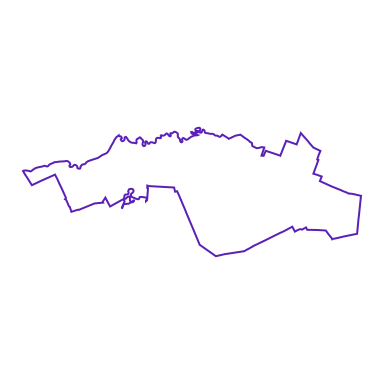 the district of Ghilad, Timis, Romania
{"feature_id": "2599482B20646127738139", "entity_name": "Ghilad", "entity_type": "district", "adm_level": 2, "iso_a3": "ROU", "parent_name": "Romania", "parent_adm1": "Timis", "projection": "mercator", "projection_center": [21.055, 45.454], "detail": "fine", "context": "isolated", "style": "outline", "palette": "violet", "viewbox_px": 384, "rotation_deg": 0, "n_neighbors": 0, "source": "geoboundaries", "source_scale": "gbopen_adm2", "svg_char_len": 5935}
<svg xmlns="http://www.w3.org/2000/svg" viewBox="0 0 384 384"><path d="M357.1,233.8L358.5,218.9L359.0,214.8L361.0,195.8L352.5,193.9L350.7,193.7L349.5,193.5L349.1,193.7L348.7,193.6L347.1,192.7L343.4,191.3L340.3,189.9L331.1,186.2L319.9,181.1L321.7,176.5L316.7,174.7L313.4,173.7L316.4,165.5L318.4,160.0L317.2,159.5L318.7,155.0L320.4,150.9L314.5,148.1L314.2,147.9L313.4,147.6L309.7,143.4L307.6,140.7L302.8,135.4L300.8,133.0L297.4,142.5L297.0,143.2L296.7,144.4L286.2,140.8L280.3,155.7L280.1,155.6L265.8,150.8L263.6,155.8L261.5,155.6L264.3,147.5L263.7,147.5L262.2,147.1L261.7,147.1L258.9,147.9L257.6,148.1L256.5,148.1L254.5,147.1L252.7,146.2L252.3,146.0L252.0,143.5L251.9,143.5L251.7,142.8L249.7,141.7L249.3,141.1L248.7,140.6L246.4,138.9L245.5,138.4L240.4,134.7L235.4,135.7L228.8,138.8L228.7,138.6L222.4,134.6L221.9,134.9L221.9,135.3L221.6,135.7L220.3,136.6L219.9,136.8L219.4,136.8L217.3,135.7L215.2,135.5L214.7,135.2L213.6,134.2L213.0,133.9L210.0,133.8L208.0,133.3L205.7,133.0L205.0,132.6L204.8,132.0L204.4,130.4L204.0,130.0L203.5,129.7L202.9,129.7L202.6,130.0L202.2,130.8L202.0,131.7L201.6,132.3L200.9,132.7L200.2,132.7L199.8,131.9L199.8,130.7L200.3,129.2L200.3,128.6L200.0,128.2L199.5,127.8L198.9,127.8L196.7,128.2L195.6,128.9L195.3,129.4L195.7,130.9L196.2,131.0L198.7,131.0L198.9,131.0L199.1,131.2L199.1,131.4L199.0,131.7L197.5,132.5L196.6,132.7L196.3,132.7L195.6,132.3L194.0,132.9L193.4,132.8L193.1,132.7L192.0,131.9L191.7,131.9L191.1,132.1L191.6,133.3L192.3,133.8L193.5,134.2L195.6,134.4L197.7,135.1L197.2,135.3L194.2,135.5L192.0,136.5L191.3,136.7L187.6,139.4L186.5,139.8L186.0,139.7L185.2,139.2L184.7,138.7L184.2,138.4L183.4,138.1L182.7,138.2L182.6,138.3L182.1,139.2L182.1,139.4L182.4,141.1L182.4,141.6L182.1,142.0L181.6,142.3L180.8,142.0L180.4,141.5L180.2,141.2L180.1,140.7L179.9,139.3L179.5,138.7L178.1,137.2L177.8,136.4L177.7,135.9L177.9,134.9L177.9,134.3L177.7,133.6L177.5,133.3L176.4,132.4L175.2,131.8L174.7,131.7L173.8,132.0L172.8,132.9L172.4,133.2L172.1,133.2L170.9,133.2L170.4,133.4L170.3,133.9L170.7,135.2L170.8,135.7L170.6,136.1L170.2,136.3L169.7,136.2L168.9,135.7L167.8,134.2L167.3,133.7L166.4,133.5L166.1,133.7L165.0,134.9L164.0,135.5L162.8,135.7L161.5,135.3L160.9,135.4L160.7,135.8L160.7,136.0L161.0,137.2L161.0,137.6L160.9,137.9L160.6,138.1L160.2,138.2L158.0,137.8L157.1,137.9L156.4,138.4L156.1,139.0L155.7,142.1L155.3,142.8L155.0,143.1L154.4,143.1L152.1,142.3L151.1,142.2L150.6,142.3L150.2,142.5L149.2,143.7L148.9,143.8L148.4,143.8L147.9,143.4L146.9,141.8L146.7,141.5L146.4,141.4L145.6,141.4L145.3,141.6L145.1,142.2L145.2,143.0L145.5,143.6L145.6,144.2L145.4,144.9L144.9,145.6L144.6,146.0L144.0,146.1L143.7,146.1L143.2,145.8L142.5,144.6L142.5,144.3L142.6,143.5L143.0,142.1L143.0,141.5L143.0,141.1L142.8,140.1L142.5,139.7L141.3,138.8L140.6,137.7L140.4,137.5L139.8,137.4L139.2,137.7L138.4,138.4L137.3,138.9L136.8,139.3L136.5,140.0L136.4,140.5L136.4,140.9L136.6,142.3L136.6,142.7L136.3,143.3L136.0,143.3L134.5,142.9L132.7,142.8L131.3,142.5L130.2,142.0L128.8,140.9L128.3,140.3L127.9,139.8L127.4,138.7L126.1,137.1L125.9,136.9L125.5,137.0L124.7,137.4L124.6,137.9L124.5,139.5L124.2,140.1L123.7,140.6L123.2,141.0L122.4,141.2L122.2,141.2L121.4,140.6L120.7,139.4L121.3,138.5L121.8,138.2L121.5,137.2L121.1,136.6L120.7,136.4L119.8,136.2L119.4,136.3L118.6,135.9L118.6,135.5L116.7,136.9L116.1,137.5L115.5,138.3L114.5,139.9L112.8,143.3L111.4,145.5L110.5,147.4L108.4,151.1L107.4,152.4L106.5,153.2L102.0,155.2L98.0,157.9L91.8,159.9L88.5,161.0L87.7,161.4L86.3,162.4L85.9,163.1L85.2,163.8L84.5,164.2L82.4,164.5L82.0,164.8L80.8,166.1L80.3,168.0L80.2,168.4L80.0,168.6L78.9,168.7L77.7,168.3L77.5,168.1L77.4,167.8L77.3,166.7L77.0,166.1L76.0,165.2L74.9,164.8L74.2,165.0L73.7,165.3L72.5,166.7L70.5,167.1L70.2,167.0L69.8,166.7L69.4,166.0L69.5,165.6L70.3,164.4L70.2,164.0L69.9,163.0L68.9,162.0L68.1,161.4L67.0,161.0L66.0,161.0L64.7,161.3L59.4,161.6L56.1,162.1L54.4,162.2L53.9,162.4L53.1,163.0L52.6,163.2L50.6,163.9L49.8,164.3L48.9,165.1L48.2,166.0L47.5,166.4L46.6,166.4L45.0,165.8L44.4,165.8L41.9,166.6L38.7,167.2L35.7,168.0L33.6,169.3L32.7,169.9L31.4,171.1L30.6,171.4L27.8,170.7L25.5,170.4L23.5,170.7L23.0,171.0L25.0,174.4L27.0,177.4L31.9,185.2L42.0,180.4L49.5,177.1L55.0,174.6L57.4,179.2L59.2,183.3L61.6,188.2L66.0,198.0L65.1,199.2L65.8,199.5L66.6,200.7L67.9,203.8L69.0,206.4L69.8,206.9L71.4,211.8L78.0,209.7L78.7,209.9L90.5,205.1L94.3,203.5L103.1,202.6L102.7,201.8L105.4,197.6L107.6,201.9L110.1,206.5L123.2,199.2L124.6,201.3L124.6,201.5L122.9,205.2L122.0,207.3L121.9,207.8L122.0,207.9L122.3,208.0L122.7,207.1L123.2,205.2L123.4,204.8L123.8,204.5L125.0,204.0L128.6,203.7L131.0,202.4L132.3,202.2L133.1,202.0L133.9,201.2L134.0,200.5L133.8,200.4L133.5,200.5L132.6,201.3L131.6,201.7L131.0,201.7L130.4,201.3L130.1,201.0L129.9,200.5L129.9,197.0L129.8,196.6L129.6,196.5L128.6,196.6L127.8,196.9L126.5,197.9L125.9,198.6L125.6,198.8L124.6,198.8L124.2,198.2L124.2,197.5L124.5,195.6L124.6,195.3L124.9,195.0L125.4,194.6L127.5,194.4L127.9,194.2L128.3,193.8L128.5,193.2L128.6,192.7L128.5,192.1L128.2,191.4L128.2,191.1L128.5,190.4L129.0,189.4L129.5,189.1L131.4,188.8L132.2,189.0L133.1,189.5L133.4,190.2L133.5,191.2L133.4,191.8L132.6,192.7L131.4,193.7L130.9,194.2L130.9,195.1L131.4,196.4L131.8,196.9L132.2,197.1L134.2,197.9L135.6,198.6L137.9,199.3L138.6,199.1L139.1,198.7L139.3,198.2L139.4,197.6L139.8,197.1L140.1,197.0L141.5,196.9L146.1,197.6L146.6,198.1L146.8,198.9L146.6,199.6L146.0,200.6L146.0,201.2L147.0,200.3L147.2,198.8L148.0,188.3L147.2,187.9L147.2,187.6L147.4,187.2L147.3,185.6L149.0,186.1L174.1,187.5L175.1,191.7L177.1,191.2L178.9,195.1L185.5,210.7L185.9,211.9L193.6,230.1L199.7,244.8L215.9,256.2L224.5,254.2L244.2,251.2L247.9,249.1L248.1,249.1L254.0,245.7L266.1,239.9L280.1,232.9L282.8,231.8L292.3,226.7L294.9,231.6L297.8,230.0L300.3,229.1L302.1,229.6L306.0,227.4L307.2,229.8L317.0,230.0L325.8,230.5L329.0,234.9L330.7,236.9L331.8,238.5L332.2,239.3L332.8,238.9L335.8,238.4L344.2,236.4L357.1,233.8Z" fill="none" stroke="#5b21b6" stroke-width="2"/></svg>